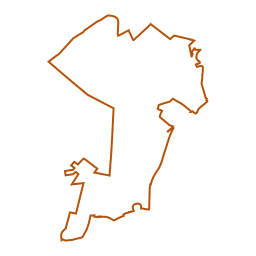 the district of Chitila, Ilfov, Romania
{"feature_id": "2599482B54423717923033", "entity_name": "Chitila", "entity_type": "district", "adm_level": 2, "iso_a3": "ROU", "parent_name": "Romania", "parent_adm1": "Ilfov", "projection": "robinson", "projection_center": [25.98, 44.492], "detail": "fine", "context": "isolated", "style": "outline", "palette": "amber", "viewbox_px": 256, "rotation_deg": 0, "n_neighbors": 0, "source": "geoboundaries", "source_scale": "gbopen_adm2", "svg_char_len": 5065}
<svg xmlns="http://www.w3.org/2000/svg" viewBox="0 0 256 256"><path d="M48.6,61.7L51.8,64.5L53.9,66.3L56.9,68.9L63.1,74.2L74.4,83.8L84.0,91.7L87.5,94.7L100.5,101.5L113.6,108.3L113.1,118.0L112.6,128.2L112.2,136.6L112.0,140.2L111.9,141.2L111.7,145.6L111.4,149.9L111.1,155.4L110.9,158.0L110.3,165.0L110.2,168.6L109.9,169.0L109.6,175.5L94.4,172.6L97.3,168.6L94.8,166.9L92.2,164.9L86.0,160.0L83.5,158.6L77.9,164.4L74.3,161.9L71.2,165.4L74.5,168.0L73.0,169.8L65.0,171.0L65.6,175.3L73.2,174.2L75.7,171.9L78.4,174.1L71.8,184.4L83.5,183.1L76.0,213.5L69.9,212.4L69.3,214.9L67.2,222.9L66.3,226.1L65.9,227.4L65.9,228.3L63.3,230.7L62.6,231.6L62.0,232.3L61.6,233.4L61.2,234.8L61.1,236.1L61.2,237.1L61.4,238.5L61.6,240.1L62.6,239.3L63.2,239.7L65.5,240.6L68.3,240.3L71.1,240.0L72.6,239.8L75.5,239.0L79.8,238.0L81.8,237.5L82.3,237.3L86.5,229.9L88.3,224.9L88.5,224.5L90.6,215.5L91.0,215.6L91.5,215.6L91.9,215.6L94.4,215.3L94.3,216.0L94.3,216.7L95.8,216.8L97.7,217.0L98.4,217.0L98.4,216.6L99.5,216.5L99.6,217.0L100.7,217.0L100.7,216.5L101.6,216.6L102.6,216.7L103.1,216.8L104.0,216.8L104.4,216.8L105.1,216.7L107.0,217.1L107.8,217.3L108.6,217.7L109.5,218.0L110.7,218.6L111.2,218.9L111.9,219.2L112.6,219.7L113.3,220.1L113.6,220.3L114.0,220.4L114.8,220.1L115.7,219.6L119.8,217.4L120.2,217.2L122.0,216.5L122.8,216.3L123.1,216.2L123.5,216.1L123.7,215.9L123.3,215.3L123.7,214.5L123.7,214.4L124.9,213.6L129.6,212.2L129.4,211.9L133.7,211.2L133.6,210.9L133.6,210.7L133.2,209.5L132.9,208.1L132.8,207.0L132.8,206.5L132.8,206.4L133.1,206.0L133.8,205.0L135.0,204.1L136.6,203.7L138.4,203.6L139.9,204.2L140.7,205.1L140.9,205.2L141.1,206.2L141.1,207.5L141.0,208.5L143.0,208.6L145.4,209.1L147.5,209.3L147.9,209.5L148.8,209.6L148.9,209.4L149.2,208.3L149.4,199.6L149.5,195.2L149.7,188.3L150.4,184.2L150.9,184.3L151.7,181.0L152.6,178.8L153.5,176.7L154.3,175.4L154.4,175.2L155.2,173.8L156.6,171.6L158.9,168.1L159.8,166.3L160.7,164.2L161.0,163.4L161.9,160.9L162.5,158.6L163.4,155.7L164.7,151.5L167.1,144.3L169.3,137.4L170.9,133.2L172.3,130.4L173.3,128.5L172.5,128.5L172.3,128.8L172.1,128.9L171.9,129.0L171.4,129.0L171.2,129.0L170.5,129.5L169.6,130.3L168.0,131.5L167.8,131.3L172.0,127.8L173.6,126.2L173.4,126.3L173.0,126.3L172.0,126.0L169.8,125.3L168.9,124.8L168.0,123.9L162.9,119.6L159.8,116.9L159.9,116.7L159.9,116.4L159.9,115.9L160.2,115.4L160.2,114.8L160.5,114.2L160.8,113.4L161.1,112.8L161.3,112.3L161.9,111.2L162.1,110.8L161.9,110.7L161.4,110.5L161.0,110.3L160.6,110.1L160.2,110.0L159.7,109.8L159.4,109.7L157.8,109.1L157.8,108.9L157.9,108.5L158.0,108.1L158.2,107.3L158.5,106.1L158.5,105.8L158.7,105.2L158.8,105.0L159.1,104.9L160.1,104.5L161.0,104.2L161.3,104.1L161.5,104.1L161.8,104.0L162.0,103.9L163.7,103.4L164.7,103.1L165.5,102.9L166.1,102.7L166.3,102.6L167.5,102.3L168.4,102.0L169.5,101.7L169.9,101.5L170.0,101.5L170.3,101.2L170.7,100.8L172.9,98.7L173.6,99.2L173.9,99.4L174.2,99.5L174.3,99.6L177.3,101.3L181.1,103.5L181.3,103.6L182.4,104.4L184.4,105.8L184.5,105.9L185.0,106.3L185.3,106.6L185.8,107.0L186.3,107.4L187.1,108.1L187.4,108.3L187.9,108.7L188.4,109.1L188.9,109.5L189.6,110.1L189.8,110.3L190.0,110.5L190.5,111.1L190.7,111.4L190.8,111.6L191.0,111.9L190.9,112.0L191.0,112.0L192.1,111.2L195.5,113.6L196.5,112.9L197.0,112.6L197.2,111.9L197.3,111.7L197.4,111.2L197.6,110.9L197.8,110.6L197.9,110.3L198.1,110.0L198.4,109.4L198.5,109.0L198.9,108.6L201.1,106.6L203.6,104.7L207.0,101.7L207.4,101.2L207.1,100.8L207.0,100.7L206.8,100.6L206.4,100.2L206.8,98.6L206.2,98.2L205.7,97.8L205.5,97.1L204.4,93.5L203.7,90.9L203.1,88.9L202.3,86.2L202.0,85.2L201.8,84.5L201.6,83.5L201.6,83.0L201.8,81.7L202.0,80.4L202.2,79.0L202.3,77.8L202.3,76.8L202.3,75.8L202.3,75.3L202.3,74.7L202.4,74.3L202.5,73.7L202.6,73.1L202.7,72.6L202.7,72.2L202.7,71.8L202.8,71.3L202.8,70.6L202.8,69.9L202.8,69.3L202.8,68.9L202.8,68.6L202.9,67.6L202.9,67.1L202.8,66.9L202.6,66.6L202.4,66.4L202.1,66.2L201.8,66.1L201.3,65.9L200.7,65.9L200.4,66.0L199.9,66.1L199.3,66.2L198.4,66.5L197.6,66.7L197.6,66.8L197.3,66.9L197.2,66.7L196.9,66.5L196.4,65.7L195.9,64.7L196.1,64.5L196.4,64.3L197.3,64.0L197.2,63.9L198.4,63.6L199.4,63.2L199.7,62.9L199.8,62.8L199.8,62.2L199.4,61.6L199.0,61.2L198.7,61.0L198.1,60.4L197.9,60.5L197.2,59.5L196.7,58.9L196.4,58.4L196.4,58.1L196.4,57.6L196.4,57.0L196.5,56.2L196.8,54.4L197.3,53.2L197.8,52.7L198.3,51.9L199.6,50.8L199.7,50.6L199.9,50.3L200.0,50.2L200.2,49.8L195.3,49.8L194.8,48.4L194.6,48.3L194.3,48.4L194.1,48.7L193.3,49.8L192.3,50.9L192.1,52.9L192.2,53.0L192.7,54.0L192.7,54.3L191.8,55.4L191.7,57.3L189.2,45.4L194.2,40.6L190.8,39.7L191.0,39.5L174.1,35.6L170.2,39.1L150.9,24.3L150.7,24.1L147.8,27.0L140.9,33.4L140.3,34.0L133.6,40.1L133.4,40.1L133.1,39.9L131.1,35.7L129.9,33.1L128.7,30.7L128.6,30.3L123.8,32.9L121.6,34.1L118.2,35.8L117.7,33.9L117.7,33.1L118.0,28.9L118.2,24.5L118.3,22.0L118.1,20.8L117.7,19.4L117.0,18.3L115.8,17.3L114.6,16.6L111.9,15.9L108.0,15.4L104.7,17.3L99.6,20.7L98.4,20.9L96.5,22.1L91.8,25.3L91.4,25.6L84.3,30.6L83.4,32.0L75.9,36.6L73.3,38.3L66.4,45.9L63.9,48.6L62.1,50.6L60.3,52.6L58.7,54.2L55.9,56.1L54.6,57.1L51.2,59.6L48.6,61.7Z" fill="none" stroke="#b45309" stroke-width="2"/></svg>